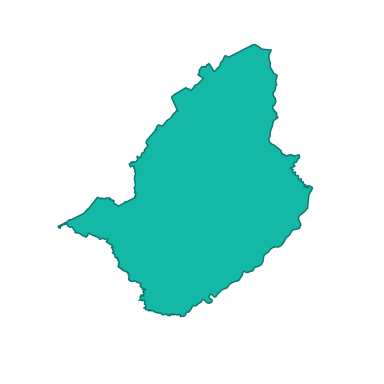 the district of Las Lajas, El Oro, Ecuador, rotated 333°
{"feature_id": "8360857B7040191128771", "entity_name": "Las Lajas", "entity_type": "district", "adm_level": 2, "iso_a3": "ECU", "parent_name": "Ecuador", "parent_adm1": "El Oro", "projection": "mercator", "projection_center": [-80.108, -3.799], "detail": "fine", "context": "isolated", "style": "filled", "palette": "teal", "viewbox_px": 384, "rotation_deg": 333, "n_neighbors": 0, "source": "geoboundaries", "source_scale": "gbopen_adm2", "svg_char_len": 6021}
<svg xmlns="http://www.w3.org/2000/svg" viewBox="0 0 384 384"><g transform="rotate(333 192 192)"><path d="M57.3,161.9L57.0,162.9L58.0,164.3L58.4,164.2L59.0,163.2L60.3,162.8L62.8,162.7L64.3,163.3L65.8,163.0L66.0,165.9L66.4,166.8L67.4,168.0L69.2,168.7L69.6,169.1L69.6,172.5L70.3,173.5L69.5,174.9L69.6,175.3L72.6,177.3L75.3,182.0L76.6,183.0L76.9,184.2L79.3,183.5L80.4,181.8L81.4,182.0L84.8,186.6L88.5,190.6L88.0,191.5L88.4,192.1L89.4,192.6L91.1,192.4L92.9,194.5L95.0,195.1L95.4,195.5L95.1,196.5L94.4,196.9L93.5,196.9L93.2,197.5L95.3,201.5L97.0,203.1L96.2,203.9L96.5,205.0L95.6,204.5L95.2,204.8L95.1,205.7L95.7,206.7L95.6,207.4L95.1,207.7L95.4,209.2L94.8,209.8L94.0,209.7L93.6,210.0L94.7,212.6L94.5,214.0L93.9,215.1L95.0,216.3L94.9,217.1L95.1,217.3L95.5,216.9L96.0,217.3L95.1,218.8L95.2,219.3L94.9,219.7L95.5,220.3L95.5,221.3L94.9,222.1L94.1,222.2L93.4,224.4L92.5,224.5L92.5,225.6L93.2,226.5L93.6,227.8L95.0,228.4L94.4,229.4L94.5,229.9L98.5,234.9L97.7,236.0L98.1,238.0L96.3,240.3L95.8,241.7L96.4,242.2L96.6,243.4L97.4,244.2L99.8,244.9L101.3,245.9L102.0,247.6L102.8,248.0L104.4,249.9L104.7,251.0L103.8,251.5L103.0,252.6L104.1,254.8L104.1,255.6L103.8,256.0L104.4,256.1L104.5,257.1L105.2,257.6L105.6,257.0L106.0,257.0L106.3,258.0L105.1,258.2L103.5,258.1L103.0,258.8L103.2,260.7L101.3,261.4L101.6,262.4L100.6,262.2L100.6,261.8L99.9,260.7L98.3,261.9L97.6,264.0L96.4,264.5L97.5,264.8L97.8,265.7L98.4,265.9L98.8,266.6L100.2,266.6L100.6,267.4L100.5,268.0L99.0,269.8L98.8,270.5L99.2,271.2L99.3,272.7L97.7,273.5L96.8,273.4L96.6,273.8L97.7,274.5L97.5,275.7L99.1,277.0L99.7,278.3L100.1,278.5L100.7,278.0L101.2,278.1L101.7,279.4L103.0,279.7L105.0,282.9L106.5,283.8L107.5,284.9L109.0,285.4L109.4,286.1L109.4,287.2L110.5,288.3L111.9,288.5L113.8,289.6L114.6,291.2L115.9,290.9L115.7,291.7L116.5,292.2L117.3,291.9L118.2,291.1L118.5,291.2L119.0,292.7L120.4,293.2L121.4,293.1L122.4,294.5L123.5,294.8L124.0,295.4L125.0,295.4L125.5,295.8L125.7,296.4L125.2,297.8L127.0,298.1L128.0,299.1L130.0,298.8L132.0,297.0L134.4,296.9L134.6,297.5L135.7,297.1L138.8,295.4L140.1,294.3L141.1,293.9L142.0,294.1L143.5,295.0L144.7,295.1L146.7,294.4L150.2,294.2L152.1,292.6L152.7,292.5L153.6,293.3L155.4,297.9L156.8,298.9L158.1,299.1L159.3,299.0L160.5,298.2L160.8,297.1L159.5,294.5L159.4,293.4L159.9,292.6L161.7,291.8L162.8,291.8L163.2,292.2L164.0,295.4L164.8,296.0L165.7,296.0L168.5,294.6L174.2,292.8L175.5,292.7L178.3,293.2L180.0,293.2L182.7,291.7L184.9,291.0L189.2,291.1L192.5,292.0L193.7,291.9L198.3,289.4L200.7,287.1L202.2,286.2L202.9,286.4L203.4,287.8L204.5,288.8L205.8,289.1L208.1,289.2L210.1,289.8L211.0,289.5L212.5,288.0L213.3,287.6L218.1,288.4L220.4,288.2L223.2,286.6L227.1,281.5L228.8,280.7L232.9,280.1L235.7,278.7L238.6,278.1L241.7,278.9L243.9,280.2L246.5,280.2L248.7,279.5L251.8,278.0L254.6,275.7L259.6,274.5L263.0,272.1L265.2,271.6L269.2,272.9L271.0,273.0L271.8,272.7L273.8,270.8L274.3,270.0L274.4,265.6L274.9,263.9L275.8,262.5L276.7,262.0L283.8,260.4L286.4,259.2L287.3,259.0L287.2,259.5L294.2,248.5L295.5,247.1L299.4,244.7L301.7,242.6L301.2,242.9L301.2,242.3L300.7,242.0L300.0,240.5L299.0,239.5L297.8,239.0L297.1,239.0L297.2,240.7L296.9,240.8L296.3,240.3L296.0,239.2L295.6,238.7L294.3,238.4L294.5,237.9L296.3,237.4L295.3,236.0L295.1,234.6L295.6,233.4L294.4,232.9L294.1,232.2L294.2,231.8L294.9,231.2L295.2,229.8L295.0,229.6L293.6,229.7L292.7,229.2L292.7,228.1L293.6,227.3L294.0,225.7L293.2,225.5L292.8,224.8L291.7,223.8L292.0,222.8L293.0,221.8L293.1,221.2L290.5,220.4L290.6,219.6L292.3,217.9L292.0,217.2L291.0,216.7L291.1,216.0L290.7,215.7L290.9,215.3L291.5,215.2L294.6,215.8L295.4,215.6L295.2,213.2L295.4,212.8L296.6,212.3L297.9,212.8L298.7,212.7L299.8,211.8L300.4,211.6L301.2,210.6L302.8,210.5L304.2,208.9L304.2,207.4L303.9,207.5L300.2,206.6L298.7,205.7L297.8,204.3L296.1,203.3L292.1,202.6L291.5,201.0L290.0,199.6L289.9,198.6L289.3,198.2L289.9,196.4L290.0,195.2L289.2,194.0L288.8,192.1L288.3,192.0L286.5,187.6L284.9,185.7L283.8,183.1L284.1,181.0L283.8,180.3L286.9,177.6L289.1,174.0L290.6,172.3L292.9,170.4L296.7,165.7L298.9,165.1L301.7,164.9L302.4,164.3L301.6,163.7L302.0,163.1L302.1,161.6L302.8,161.4L303.2,159.8L302.8,158.9L302.9,158.3L302.0,157.6L302.4,155.9L301.7,154.8L301.8,154.3L303.1,152.1L304.8,152.0L307.7,149.5L308.8,145.9L308.2,144.2L308.6,142.0L309.2,140.5L311.3,139.6L313.8,137.2L314.3,135.8L316.2,134.9L316.3,133.5L317.4,130.5L320.6,127.2L320.5,126.1L318.8,123.6L318.4,116.1L320.5,112.2L320.9,109.0L322.6,105.1L327.0,101.5L318.9,96.3L318.4,94.8L315.7,90.1L314.5,89.0L313.6,88.7L312.8,88.5L285.6,88.5L285.2,88.3L284.5,86.6L283.5,85.6L281.5,86.7L280.1,88.1L278.7,88.9L276.1,89.8L274.1,92.4L269.7,93.6L268.4,94.4L267.1,94.6L266.3,94.5L265.7,85.8L265.1,85.4L262.8,85.6L261.1,86.9L260.7,86.7L259.8,85.7L257.2,84.9L253.7,86.9L252.7,89.0L250.6,90.4L253.8,95.7L253.4,95.9L246.3,98.6L242.9,98.3L241.6,99.4L239.7,100.0L237.7,101.0L237.0,100.8L236.5,99.3L234.5,97.8L234.1,96.3L221.3,97.1L217.7,97.8L216.7,98.7L216.0,113.1L215.3,112.5L209.8,114.6L206.6,116.4L202.0,117.0L196.1,119.6L195.3,119.5L192.6,117.1L190.5,117.6L189.7,118.8L189.0,118.9L188.3,119.9L187.5,120.0L187.7,120.6L187.3,120.8L185.1,121.4L175.2,125.4L173.8,126.8L173.4,127.7L173.7,129.7L173.1,131.2L169.0,132.8L167.7,134.6L164.9,134.8L162.2,137.6L160.9,137.4L159.4,135.4L158.9,135.9L158.5,138.5L155.9,139.5L155.1,139.6L153.3,138.4L152.2,139.1L152.1,137.9L150.7,138.0L149.5,138.7L148.8,138.6L148.7,141.6L151.5,142.2L152.2,142.8L151.2,144.0L151.3,146.4L150.2,147.7L150.2,149.8L147.0,153.4L145.5,158.2L145.0,159.1L144.9,160.2L144.1,161.0L143.0,161.4L142.2,162.4L142.5,163.4L140.6,166.9L141.3,167.2L141.4,167.9L139.9,169.5L139.2,169.8L139.3,171.1L129.5,171.1L127.3,170.5L126.2,171.0L120.1,171.2L118.8,168.9L118.0,168.0L117.4,166.6L117.4,165.6L118.4,164.6L118.2,163.9L117.7,163.2L116.8,163.3L116.5,161.8L115.5,161.4L116.2,160.7L115.8,159.9L115.2,159.4L114.0,159.1L112.7,158.3L111.2,158.6L108.4,156.3L108.0,156.9L106.9,155.8L106.3,154.5L105.0,154.0L92.5,159.8L91.1,159.9L85.9,162.0L72.2,161.9L70.0,161.1L67.3,161.9L57.3,161.9Z" fill="#14b8a6" stroke="#0f766e" stroke-width="1.5"/></g></svg>